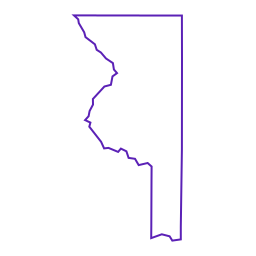 Sumter, Florida, United States of America (Mercator projection)
{"feature_id": "52423323B60260447284731", "entity_name": "Sumter", "entity_type": "district", "adm_level": 2, "iso_a3": "USA", "parent_name": "United States of America", "parent_adm1": "Florida", "projection": "mercator", "projection_center": [-82.144, 28.633], "detail": "fine", "context": "isolated", "style": "outline", "palette": "violet", "viewbox_px": 256, "rotation_deg": 0, "n_neighbors": 0, "source": "geoboundaries", "source_scale": "gbopen_adm2", "svg_char_len": 657}
<svg xmlns="http://www.w3.org/2000/svg" viewBox="0 0 256 256"><path d="M181.9,15.5L139.3,15.5L74.0,15.4L78.2,19.3L78.8,23.1L84.2,32.3L85.5,37.1L94.9,44.3L96.7,49.8L100.9,52.5L106.0,58.5L112.9,63.1L113.9,69.5L117.0,73.1L112.5,76.4L110.9,84.8L104.4,86.5L92.9,99.0L93.0,104.6L89.6,111.0L88.6,116.2L85.1,120.1L90.4,122.6L89.3,126.7L101.1,141.8L104.1,148.4L108.5,147.9L118.1,151.9L120.9,148.6L126.4,151.3L128.6,157.9L135.0,158.8L138.7,165.1L147.6,163.0L151.6,166.5L151.5,181.3L151.3,226.8L151.2,238.1L161.8,234.3L169.6,236.3L172.3,240.6L180.8,239.4L180.8,227.0L181.8,156.1L181.9,149.4L182.0,58.1L181.9,15.5Z" fill="none" stroke="#5b21b6" stroke-width="2"/></svg>